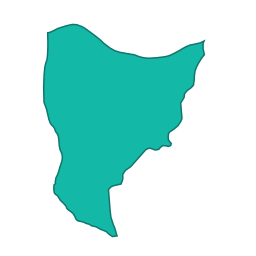 Lèbombi-Leyou, Haut-Ogooué, Gabon, rotated 176°
{"feature_id": "22940354B21970441224980", "entity_name": "Lèbombi-Leyou", "entity_type": "district", "adm_level": 2, "iso_a3": "GAB", "parent_name": "Gabon", "parent_adm1": "Haut-Ogooué", "projection": "orthographic", "projection_center": [13.158, -1.435], "detail": "fine", "context": "isolated", "style": "filled", "palette": "teal", "viewbox_px": 256, "rotation_deg": 176, "n_neighbors": 0, "source": "geoboundaries", "source_scale": "gbopen_adm2", "svg_char_len": 1829}
<svg xmlns="http://www.w3.org/2000/svg" viewBox="0 0 256 256"><g transform="rotate(176 128 128)"><path d="M46.7,195.8L47.6,202.2L47.1,207.4L46.0,209.5L50.0,207.9L55.6,207.0L60.4,206.4L64.5,205.0L68.0,203.4L70.9,201.9L76.6,199.3L81.3,197.4L86.1,196.5L94.3,196.1L101.9,196.1L106.9,196.8L111.7,198.3L116.6,200.6L124.1,202.4L131.0,204.1L136.1,206.2L140.6,209.2L146.4,214.3L149.4,217.7L153.0,221.0L157.8,225.2L164.2,230.6L167.0,232.4L171.8,234.6L176.1,235.2L181.6,234.4L187.3,233.1L191.2,232.1L196.3,229.9L199.5,228.8L201.5,228.6L201.9,219.3L202.4,213.0L203.2,206.4L204.0,202.0L205.6,198.2L206.8,194.2L208.0,186.6L209.3,174.7L209.8,163.0L210.0,159.5L209.1,156.5L207.9,152.2L206.3,142.1L205.2,138.3L204.0,136.3L202.6,134.9L201.5,133.2L200.4,129.4L198.9,127.0L198.1,124.7L197.8,121.0L197.8,115.1L197.3,111.1L195.8,107.1L195.5,103.6L196.1,100.0L197.2,97.2L198.6,93.9L200.2,89.4L201.5,86.4L203.3,83.4L204.3,79.5L204.2,77.7L205.8,76.3L206.3,72.4L206.1,68.7L205.0,66.9L203.0,65.4L201.8,63.0L200.4,60.4L197.6,57.4L195.0,54.0L194.8,52.3L193.3,50.5L191.0,48.7L188.7,46.4L187.3,43.7L186.2,40.6L184.5,38.9L182.2,38.2L179.1,37.3L177.7,36.5L176.6,35.8L173.1,34.6L171.4,33.1L166.8,31.7L162.8,29.1L157.1,26.3L154.0,23.1L151.1,20.8L146.4,21.1L147.2,24.1L148.0,28.5L149.4,32.6L151.3,40.3L151.6,47.7L151.8,67.8L149.5,70.2L146.6,71.4L138.8,72.6L136.8,77.2L136.4,82.3L133.5,85.9L127.8,89.4L117.4,99.6L111.6,105.3L108.1,106.5L104.8,105.3L102.2,104.1L98.9,104.5L96.7,106.7L94.4,108.0L91.4,107.6L88.8,106.8L86.6,107.6L85.9,109.6L87.0,111.0L88.4,113.0L88.6,115.9L88.0,119.5L86.6,121.2L84.1,122.6L81.7,124.1L78.0,126.8L74.9,130.8L73.5,133.8L73.7,149.2L71.3,152.6L69.9,154.6L69.2,158.2L66.5,161.1L62.1,163.9L59.7,166.2L58.4,172.3L58.2,175.0L57.4,179.4L55.6,183.7L53.1,187.8L49.6,192.7L46.7,195.8Z" fill="#14b8a6" stroke="#0f766e" stroke-width="1.5"/></g></svg>